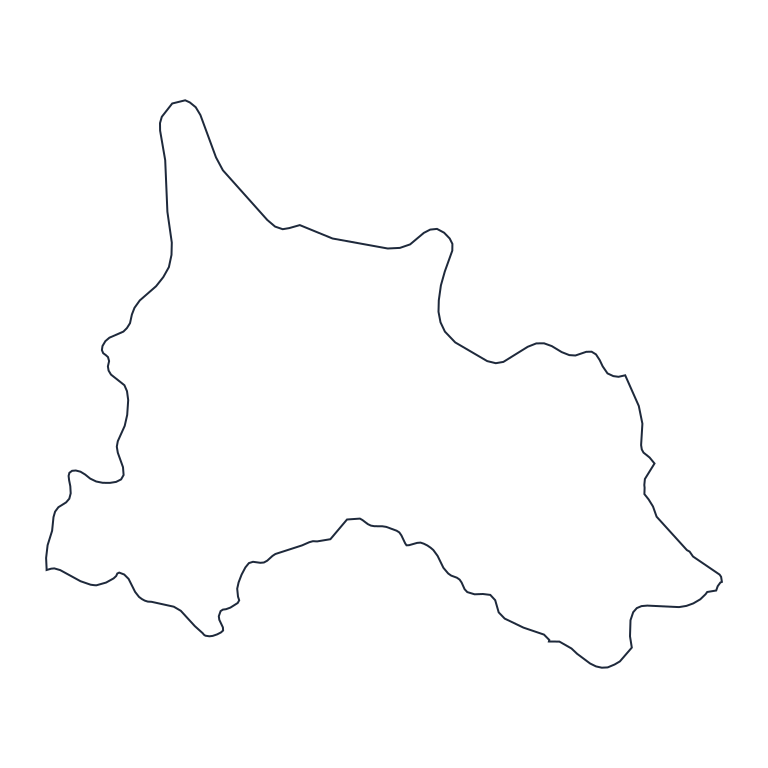 SVG path tracing the border of Son La
{"feature_id": "VNM-455", "entity_name": "Son La", "entity_type": "Province", "adm_level": 1, "iso_a3": "VNM", "parent_name": "Vietnam", "parent_adm1": "", "projection": "albers", "projection_center": [104.029, 21.308], "detail": "fine", "context": "isolated", "style": "outline", "palette": "slate", "viewbox_px": 768, "rotation_deg": 0, "n_neighbors": 0, "source": "natural_earth", "source_scale": "10m", "svg_char_len": 3158}
<svg xmlns="http://www.w3.org/2000/svg" viewBox="0 0 768 768"><path d="M406.5,545.3L405.2,543.4L401.4,535.4L399.3,532.4L396.6,530.7L386.3,526.9L382.5,526.3L374.3,526.2L370.9,525.6L367.8,524.1L362.4,520.0L359.9,518.6L347.0,519.5L330.4,539.2L317.2,541.4L312.9,541.2L309.3,542.2L302.0,545.4L275.4,554.0L272.5,555.9L267.2,560.7L263.9,562.5L260.3,562.8L253.0,561.8L248.9,563.1L245.4,567.4L241.6,574.6L238.6,582.4L237.2,588.7L238.0,596.6L239.2,600.3L237.7,603.0L230.4,607.6L226.0,609.2L222.9,609.6L220.6,611.1L218.8,616.2L219.3,619.8L222.9,627.4L223.1,630.5L221.0,632.4L217.1,634.4L212.7,635.9L209.4,636.3L205.4,635.7L203.9,634.7L202.7,633.2L194.8,626.1L180.8,610.8L173.8,606.7L151.5,601.8L147.8,601.6L144.7,600.6L141.8,599.0L139.0,596.9L135.1,591.9L128.6,578.9L124.2,574.5L119.2,572.6L117.3,573.5L116.2,576.0L113.6,578.4L106.2,582.5L105.6,582.7L96.4,585.3L94.4,585.2L90.6,584.7L80.5,581.2L60.2,570.1L54.3,568.4L51.1,568.7L46.6,570.0L46.6,569.9L46.6,568.7L46.1,558.0L47.6,545.2L52.1,530.8L53.5,517.1L55.1,511.6L58.4,507.2L66.1,502.4L69.3,498.7L70.7,493.3L70.3,486.2L69.1,480.2L68.6,475.9L69.4,472.8L72.1,470.8L75.8,470.5L80.5,471.7L85.1,474.5L90.2,478.6L96.2,481.5L102.7,482.8L109.8,482.9L116.1,481.9L121.1,479.4L123.6,475.0L123.0,467.2L117.8,452.7L116.8,446.7L117.8,441.2L124.7,425.9L127.2,414.9L128.2,400.1L127.0,391.2L124.4,385.2L111.0,374.6L108.6,370.6L107.9,366.4L109.1,361.1L108.0,357.1L105.8,355.1L103.2,353.2L101.9,350.1L102.5,346.0L105.4,341.1L109.4,337.7L123.4,331.6L126.9,328.1L130.0,323.2L131.9,314.5L134.5,307.8L139.8,300.4L156.1,286.2L163.3,277.1L168.9,267.1L171.5,254.9L171.8,242.6L167.4,211.8L165.2,160.2L160.1,130.6L160.0,123.1L161.8,116.8L172.2,103.5L185.2,100.3L189.8,102.4L195.7,107.2L200.4,115.0L216.0,157.4L222.9,170.3L267.3,220.0L275.1,226.6L282.7,229.2L289.2,228.1L299.8,225.1L332.5,238.5L387.7,248.5L399.9,247.9L410.1,244.4L423.8,232.9L430.2,229.6L437.0,228.9L444.1,232.7L449.7,238.5L452.4,243.9L452.3,250.6L444.8,271.5L440.9,285.4L438.8,300.3L438.5,311.8L440.5,322.3L444.9,331.6L455.2,342.4L487.2,361.1L495.8,363.2L503.4,361.9L527.7,346.8L536.3,343.4L544.0,343.3L551.8,346.1L561.7,352.1L569.3,355.1L575.4,355.5L586.3,351.8L591.6,351.7L596.0,354.4L599.7,360.1L602.7,366.4L607.5,373.4L613.3,376.1L618.5,376.8L625.2,375.3L638.8,406.0L642.4,423.7L641.1,445.1L641.8,449.5L643.5,452.6L649.6,457.5L654.5,463.5L644.9,479.0L644.3,485.0L644.6,487.7L644.4,494.1L648.6,499.4L653.0,506.5L656.6,516.7L686.9,550.1L689.6,551.6L693.0,556.5L719.6,574.6L721.1,576.8L721.9,581.9L720.4,582.5L717.7,586.2L716.2,590.5L707.2,592.0L705.6,594.2L700.3,599.3L693.3,603.4L686.4,605.9L679.0,607.1L647.3,605.6L641.5,606.1L636.8,608.1L633.2,612.2L630.5,620.2L630.0,636.3L631.8,647.6L619.9,661.4L614.6,664.5L607.7,667.4L601.8,667.7L596.0,666.4L590.1,663.5L577.1,653.8L571.5,648.5L559.4,641.6L548.9,641.5L549.3,640.0L544.0,634.6L523.4,627.6L504.7,618.6L498.7,612.4L495.2,600.2L490.3,594.9L482.9,594.0L474.6,594.3L467.3,592.1L464.6,589.2L461.6,582.5L459.6,579.6L456.9,577.7L451.2,575.6L448.2,573.5L443.4,567.8L437.6,555.9L433.3,550.0L430.6,547.7L427.4,545.5L423.8,543.7L420.5,542.6L417.1,542.9L409.0,545.2L406.5,545.3Z" fill="none" stroke="#1e293b" stroke-width="2"/></svg>